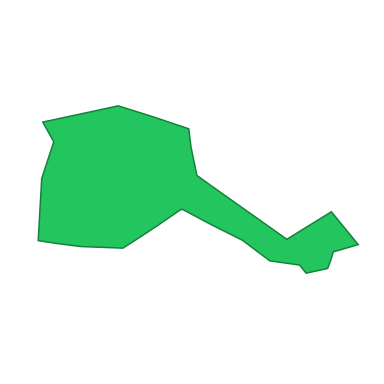 Tedzhen Sovkhoz, Ahal, Turkmenistan (Robinson projection), rotated 173°
{"feature_id": "10190150B68029188897987", "entity_name": "Tedzhen Sovkhoz", "entity_type": "district", "adm_level": 2, "iso_a3": "TKM", "parent_name": "Turkmenistan", "parent_adm1": "Ahal", "projection": "robinson", "projection_center": [61.206, 37.17], "detail": "fine", "context": "isolated", "style": "filled", "palette": "green", "viewbox_px": 384, "rotation_deg": 173, "n_neighbors": 0, "source": "geoboundaries", "source_scale": "gbopen_adm2", "svg_char_len": 627}
<svg xmlns="http://www.w3.org/2000/svg" viewBox="0 0 384 384"><g transform="rotate(173 192 192)"><path d="M56.1,155.4L90.9,139.4L103.6,133.5L173.1,196.7L185.1,207.8L187.5,236.9L187.5,254.9L187.5,255.1L222.8,272.0L223.1,272.1L254.3,286.3L254.9,286.5L329.4,279.8L331.6,279.6L323.5,259.7L323.0,258.9L339.5,223.8L350.6,162.5L331.9,157.2L309.0,151.4L267.4,144.7L252.2,152.0L230.6,162.7L205.0,176.1L204.5,175.8L203.8,176.1L182.0,160.8L178.1,158.1L169.0,152.0L147.8,137.9L123.1,114.1L94.2,106.4L93.6,105.5L88.6,97.5L66.7,99.6L62.7,107.1L59.0,115.4L33.4,119.5L56.1,155.4Z" fill="#22c55e" stroke="#15803d" stroke-width="1.5"/></g></svg>